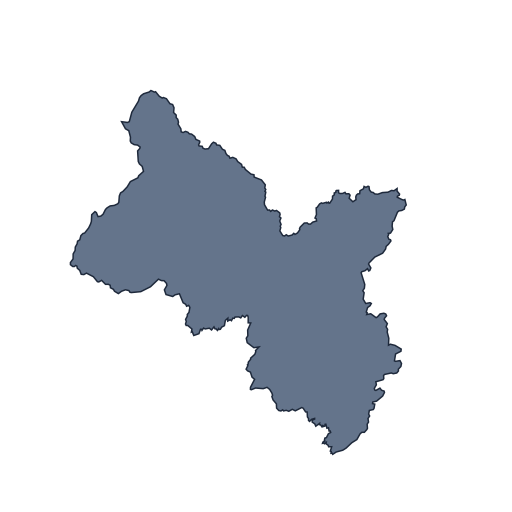 outline of Manizales, Caldas, Colombia, rotated 211°
{"feature_id": "7082276B74376648695935", "entity_name": "Manizales", "entity_type": "district", "adm_level": 2, "iso_a3": "COL", "parent_name": "Colombia", "parent_adm1": "Caldas", "projection": "equal_earth", "projection_center": [-75.513, 5.074], "detail": "fine", "context": "isolated", "style": "filled", "palette": "slate", "viewbox_px": 512, "rotation_deg": 211, "n_neighbors": 0, "source": "geoboundaries", "source_scale": "gbopen_adm2", "svg_char_len": 6108}
<svg xmlns="http://www.w3.org/2000/svg" viewBox="0 0 512 512"><g transform="rotate(211 256 256)"><path d="M418.1,206.8L414.9,200.8L414.3,198.2L413.9,193.9L414.7,187.4L415.9,186.2L416.6,183.3L415.4,179.1L416.6,176.8L415.6,174.3L415.5,170.6L413.9,167.6L413.8,163.6L411.3,159.3L411.7,154.8L410.6,153.0L407.7,152.6L406.3,153.4L405.7,155.0L404.3,155.1L402.9,153.5L399.7,152.9L396.4,150.3L394.0,151.4L392.5,154.0L384.7,154.5L378.7,152.3L377.4,152.8L375.8,155.6L370.4,154.2L368.0,155.7L365.9,155.8L364.4,153.8L361.1,154.0L359.1,152.9L354.6,152.9L353.1,156.5L350.5,159.8L347.1,160.9L345.4,160.0L344.1,160.4L336.4,166.1L330.6,175.3L327.7,185.9L324.4,186.2L322.1,187.5L318.6,186.4L317.2,184.9L317.1,179.8L313.3,176.6L306.5,178.4L305.4,181.0L302.2,184.2L294.4,178.4L291.4,178.4L289.6,177.2L288.3,179.0L286.2,177.9L284.4,173.1L284.8,170.5L283.9,169.1L283.7,165.4L282.0,163.9L281.4,161.4L280.1,160.5L278.6,161.3L273.3,160.4L272.2,157.5L271.7,158.3L268.4,155.8L264.9,160.0L265.8,164.6L264.9,165.1L264.0,164.4L263.8,167.2L262.0,167.3L258.8,170.1L256.0,169.7L255.5,173.6L253.6,172.4L252.4,173.0L250.8,172.3L250.6,174.5L249.9,173.9L248.8,174.8L248.8,177.3L247.2,180.0L249.1,185.0L248.1,188.2L246.7,185.7L245.3,188.0L243.7,187.9L243.9,190.7L242.5,191.3L242.6,192.8L239.5,194.9L237.2,195.1L237.0,198.0L234.0,197.7L233.5,200.3L232.6,200.7L231.2,199.6L228.3,194.7L226.0,195.9L225.0,188.2L221.9,183.4L222.0,180.5L218.9,177.2L210.6,176.3L206.6,179.6L207.7,174.7L206.9,173.9L206.4,171.1L208.0,165.7L207.4,164.7L207.9,161.0L207.1,159.5L207.3,158.3L206.5,157.8L206.2,153.9L204.1,153.2L201.0,153.6L197.0,150.1L193.7,149.6L193.1,140.6L192.1,138.8L191.2,138.9L188.4,142.6L181.5,146.0L178.9,149.1L175.6,148.7L171.8,146.7L170.1,145.2L170.0,143.7L167.2,141.4L162.4,139.8L160.0,136.2L156.9,135.3L154.8,136.0L153.9,137.9L152.6,137.4L150.6,139.3L147.9,139.8L145.9,143.3L142.6,143.5L138.7,149.7L137.1,149.8L133.2,147.9L131.8,148.6L129.0,144.5L127.2,143.7L126.3,142.1L124.9,141.8L124.2,144.7L122.1,147.0L121.7,146.4L123.2,144.3L122.3,142.6L119.2,142.4L117.1,140.9L115.3,145.3L114.7,144.1L113.7,144.5L111.6,143.6L111.5,145.8L110.9,144.0L109.4,145.6L110.1,147.3L109.5,147.8L106.5,144.9L105.4,146.1L103.2,143.6L102.2,144.2L101.1,143.2L102.4,140.9L102.1,136.6L103.2,135.4L102.4,133.1L101.7,132.9L102.8,131.0L102.5,129.7L101.5,130.7L100.7,130.3L99.8,132.4L99.3,131.1L96.7,130.9L95.5,129.9L92.9,131.5L91.8,127.0L90.8,127.1L90.1,125.5L89.2,126.2L88.1,125.5L86.3,129.3L81.6,134.2L79.8,137.8L77.7,145.3L75.0,150.6L75.2,157.0L74.5,159.4L72.3,160.7L71.6,164.4L71.7,165.7L74.1,169.1L74.0,171.6L76.3,174.4L76.2,177.4L78.0,178.5L79.3,182.0L76.4,184.8L76.4,186.3L77.9,190.2L80.1,189.5L80.7,191.0L77.9,193.7L75.3,201.2L75.6,205.2L76.6,206.2L79.3,205.6L81.7,206.6L84.0,202.5L85.3,202.3L86.4,203.5L86.5,207.6L88.5,209.9L83.4,215.4L83.3,216.7L85.1,219.3L84.8,220.7L79.8,225.4L77.7,225.8L75.1,228.2L74.7,230.8L75.7,232.3L74.9,235.9L75.9,238.8L78.7,240.5L82.1,237.6L83.3,237.4L85.9,243.9L82.7,249.0L83.6,251.0L90.8,251.0L95.4,249.6L96.5,247.8L99.8,253.9L104.4,258.4L105.4,260.9L108.0,262.3L108.6,265.7L113.4,267.6L113.8,268.8L113.3,272.0L114.9,273.1L116.9,272.8L119.8,270.3L120.5,266.5L121.3,265.0L127.9,265.6L131.0,262.8L131.4,264.6L132.6,264.7L133.8,269.3L132.6,272.1L132.7,274.7L134.2,274.7L137.5,271.8L141.9,274.2L144.4,280.2L146.6,281.2L146.5,284.2L148.1,287.6L157.3,295.8L157.2,297.1L155.0,299.5L153.9,302.6L151.7,301.2L151.0,302.2L151.4,304.9L155.4,307.1L155.5,308.4L153.6,316.3L148.9,323.6L148.5,328.7L149.4,331.3L148.5,334.3L148.1,338.4L149.1,339.2L150.7,338.8L153.1,340.5L153.3,342.7L154.3,343.5L152.5,344.9L152.4,349.2L154.7,351.7L156.6,355.6L155.9,357.3L157.3,366.4L156.7,368.3L154.5,370.1L153.0,372.6L153.8,374.8L153.5,377.1L157.5,381.1L158.1,380.1L159.6,379.6L165.2,379.1L165.6,380.1L164.5,381.8L164.8,383.0L168.5,384.3L169.8,386.5L171.3,383.0L173.6,382.0L175.7,378.7L180.3,375.5L183.4,371.7L186.1,370.4L188.3,370.8L190.1,370.1L192.8,371.1L194.9,373.7L195.9,373.5L197.1,371.5L199.2,371.3L198.5,369.0L200.5,365.5L199.2,362.8L200.8,361.6L201.3,359.8L200.9,358.0L199.3,355.8L200.9,352.4L205.9,353.5L206.7,356.6L208.5,357.2L210.9,355.6L212.5,356.4L214.0,354.2L216.2,352.8L217.8,352.7L219.0,354.8L220.8,353.6L221.0,352.8L220.3,351.6L221.4,350.3L220.4,348.8L221.2,346.7L219.8,344.2L220.0,339.4L220.5,338.8L221.7,339.5L222.5,337.9L223.3,338.3L226.0,335.4L227.3,335.2L228.3,333.4L228.6,329.3L229.2,328.2L225.5,322.6L225.0,318.9L223.6,319.0L222.1,317.2L224.8,314.3L225.7,311.4L227.4,310.4L229.2,310.7L231.6,309.1L233.0,303.5L232.8,301.9L232.0,301.1L232.3,297.1L233.7,294.6L235.3,294.9L235.9,292.5L238.7,289.7L241.0,289.8L241.8,287.9L243.6,287.3L248.5,289.8L249.4,293.1L250.6,294.0L250.8,296.0L253.7,298.2L254.2,301.4L256.1,301.7L256.8,304.1L257.9,305.2L261.9,305.6L263.0,304.2L265.6,303.9L266.4,301.8L268.1,302.4L269.7,301.3L275.1,304.3L276.7,306.5L278.1,311.3L279.1,311.8L280.5,315.8L281.7,316.0L281.9,318.1L283.5,318.8L284.7,321.8L290.5,324.0L298.2,322.7L299.6,324.6L302.5,323.6L309.7,324.7L311.8,326.0L313.5,325.1L315.6,327.1L320.3,327.5L323.1,329.0L326.7,328.6L328.7,326.4L330.5,327.7L332.3,327.5L334.6,328.4L337.1,330.5L339.8,330.2L344.0,332.2L347.0,330.9L348.4,332.0L351.1,331.6L351.8,329.3L352.0,323.5L354.8,321.4L357.0,321.1L358.6,322.3L361.5,321.0L362.4,321.6L362.8,324.6L363.5,325.5L367.6,325.0L370.0,326.8L374.0,327.3L376.1,326.4L378.1,327.0L380.6,326.5L382.1,324.3L384.1,323.9L385.9,326.3L390.8,328.9L391.3,330.7L393.5,332.9L395.7,333.5L397.0,335.7L400.5,336.5L402.6,340.8L405.5,342.9L408.2,342.2L413.8,344.7L417.1,344.1L417.7,343.1L421.2,343.1L426.7,345.1L427.4,344.2L431.3,343.7L432.0,341.6L435.9,337.2L437.1,334.4L437.4,331.7L436.5,328.2L436.5,315.3L433.8,305.9L434.9,304.3L440.4,301.9L433.4,297.8L429.6,297.9L424.8,293.2L423.0,289.8L421.2,288.7L417.8,288.7L414.6,290.1L411.4,289.7L411.0,288.3L411.6,285.1L405.6,276.4L403.4,274.9L399.7,274.2L396.0,270.6L397.9,264.4L397.5,262.2L402.0,255.1L402.0,248.9L403.3,242.9L404.6,240.3L404.1,237.1L401.2,231.3L401.4,229.5L403.5,226.4L406.8,223.8L408.5,220.5L409.0,218.4L408.6,213.0L409.6,210.2L411.7,208.4L415.2,211.0L416.9,211.1L418.1,206.8Z" fill="#64748b" stroke="#1e293b" stroke-width="1.5"/></g></svg>